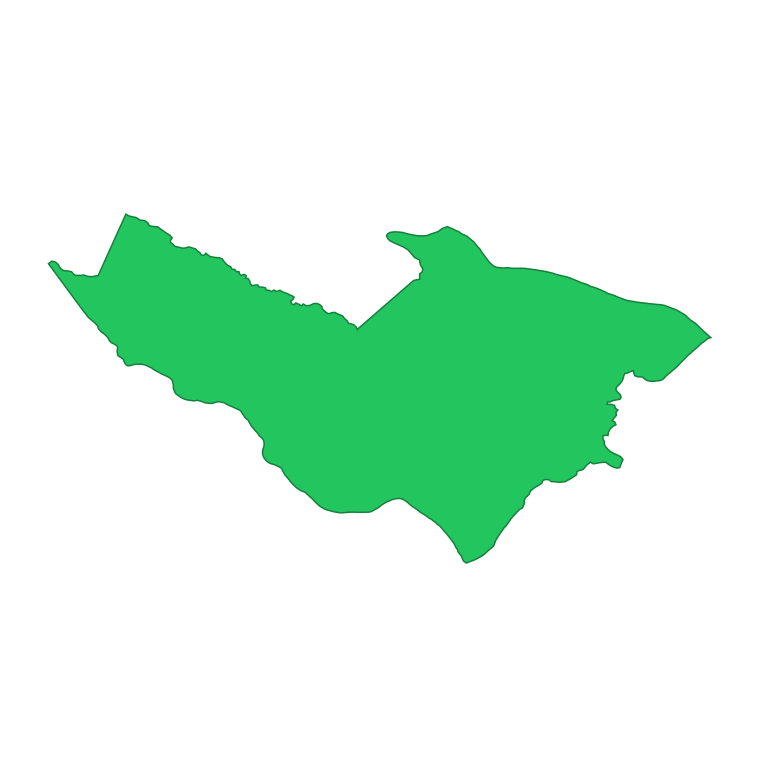 the district of Igarapé-Miri, Pará, Brazil, rotated 87°
{"feature_id": "56859067B62741857059247", "entity_name": "Igarapé-Miri", "entity_type": "district", "adm_level": 2, "iso_a3": "BRA", "parent_name": "Brazil", "parent_adm1": "Pará", "projection": "natural_earth1", "projection_center": [-49.142, -2.076], "detail": "fine", "context": "isolated", "style": "filled", "palette": "green", "viewbox_px": 768, "rotation_deg": 87, "n_neighbors": 0, "source": "geoboundaries", "source_scale": "gbopen_adm2", "svg_char_len": 6110}
<svg xmlns="http://www.w3.org/2000/svg" viewBox="0 0 768 768"><g transform="rotate(87 384 384)"><path d="M354.8,55.2L350.0,60.1L346.0,64.0L341.8,67.8L339.4,70.2L335.6,75.3L331.7,78.8L330.0,80.9L328.7,83.0L326.8,85.7L324.9,89.0L320.1,100.1L319.4,103.2L318.1,112.0L317.3,116.8L315.4,127.8L314.6,131.0L313.5,136.2L312.2,139.6L309.9,145.0L307.5,149.7L305.2,156.0L303.7,158.1L299.8,166.0L298.3,169.6L297.4,172.5L295.6,175.4L292.9,182.1L291.6,184.8L287.9,192.6L286.4,196.3L285.4,200.3L283.4,206.8L282.3,209.4L280.4,215.8L279.3,220.2L278.6,223.8L277.9,226.4L277.2,230.6L276.6,233.5L276.0,236.6L275.7,239.6L275.3,248.2L275.0,250.9L274.4,253.8L274.4,259.7L273.2,266.2L271.5,268.9L269.1,271.3L267.3,272.8L262.6,276.1L260.3,277.5L258.3,279.0L253.9,281.4L251.8,283.4L249.5,285.1L246.9,286.7L244.5,289.4L242.5,291.5L240.9,293.3L239.4,295.9L238.0,298.8L235.7,301.4L234.4,304.4L233.1,306.6L230.1,312.5L231.7,317.3L232.9,319.5L234.4,321.6L235.3,324.3L237.0,330.5L238.0,333.2L238.1,336.5L238.0,339.5L237.7,342.6L237.0,346.0L235.5,351.9L233.6,357.7L233.1,360.7L232.6,365.2L232.9,369.9L234.2,372.5L236.2,373.8L239.2,372.5L241.2,370.7L243.0,367.7L248.0,357.7L251.1,353.3L254.2,350.6L257.5,348.3L259.6,346.5L262.1,341.8L264.4,341.8L267.2,341.3L271.0,339.2L274.0,340.0L275.8,342.5L278.1,342.8L281.3,342.8L281.6,346.0L282.2,349.0L291.1,360.5L296.2,367.0L328.2,408.0L325.6,408.8L323.2,411.1L322.2,413.8L321.5,416.3L318.8,417.6L316.5,420.0L314.0,421.6L311.3,427.1L309.9,429.3L310.0,432.2L311.0,435.3L309.7,437.8L307.9,439.7L305.6,441.7L303.4,442.0L301.6,443.8L300.1,446.4L299.9,449.7L301.0,452.3L301.8,454.9L301.6,457.9L299.9,460.3L301.5,462.2L298.4,467.7L300.1,469.5L299.1,472.1L296.5,472.9L294.9,470.6L292.6,469.2L291.0,471.4L290.0,473.7L288.6,475.8L287.7,478.3L286.5,480.7L284.9,483.1L286.0,486.3L284.5,489.0L285.8,491.6L284.4,493.8L284.2,496.7L281.7,497.4L280.9,500.4L280.6,503.8L278.4,505.0L278.8,510.8L276.7,512.3L274.0,512.7L271.6,514.2L271.0,516.8L268.5,515.8L267.2,518.1L268.1,520.5L266.6,522.5L264.3,522.9L264.1,525.5L261.8,527.0L261.5,529.7L258.7,531.1L257.4,533.8L255.3,535.9L252.8,537.7L250.5,539.0L249.3,542.0L248.9,545.4L247.7,550.8L246.0,553.0L244.1,555.1L246.0,556.8L245.7,559.6L243.0,561.1L241.3,563.6L239.2,565.0L238.4,567.6L237.4,569.9L236.9,572.4L237.7,575.0L237.8,578.3L236.9,580.8L236.2,583.4L235.4,585.9L233.1,587.7L231.4,589.9L229.1,589.5L227.0,587.9L224.2,590.1L221.0,594.6L218.8,597.4L216.9,599.8L215.1,601.9L214.8,604.8L214.4,607.4L213.6,610.2L210.9,611.3L208.9,613.5L207.9,616.2L207.6,619.2L205.8,621.2L204.5,623.7L203.9,626.6L202.7,630.1L200.9,632.9L261.0,663.9L261.0,666.5L261.5,669.1L261.3,672.5L260.6,675.6L259.4,677.9L259.7,681.1L259.5,683.7L259.4,686.6L257.8,688.5L255.6,690.0L254.7,693.1L254.3,695.9L253.7,698.6L252.0,700.7L250.1,702.0L248.0,702.8L246.0,704.6L244.6,706.6L244.0,709.5L246.3,712.8L296.2,679.9L298.1,678.4L300.3,677.0L302.3,675.4L306.3,671.3L308.2,669.2L311.1,666.9L313.8,666.3L317.1,663.7L318.8,661.5L321.2,659.0L323.8,657.0L326.3,656.0L328.3,654.4L330.1,651.2L331.9,648.7L334.2,648.0L336.4,648.8L339.0,648.7L341.8,648.2L345.6,643.0L348.3,642.3L350.9,641.0L352.4,639.0L352.3,635.9L351.5,633.3L351.3,629.7L351.5,625.9L352.1,622.7L353.4,619.6L355.6,615.7L358.2,612.2L360.3,608.7L362.3,605.6L364.2,601.8L366.4,598.0L368.5,595.7L371.3,594.8L374.8,594.4L377.2,594.6L379.8,593.8L382.3,592.8L384.3,590.8L386.6,587.7L388.4,584.7L389.5,581.9L390.9,574.7L390.6,571.0L391.7,567.4L393.4,563.8L394.0,560.6L394.4,557.1L393.8,554.2L393.0,551.5L393.4,548.0L394.4,544.6L396.2,541.9L401.6,531.3L403.2,528.6L405.3,527.4L410.5,524.4L413.0,521.6L419.0,518.7L424.5,514.5L426.4,512.8L429.2,511.2L431.9,508.4L434.5,507.0L437.8,506.8L440.4,507.3L443.1,508.4L446.6,509.0L449.8,508.4L452.2,507.3L454.5,505.5L456.5,503.4L457.8,500.8L458.9,497.5L460.6,494.3L462.4,491.2L464.5,490.0L467.2,488.9L469.4,487.8L474.8,483.7L477.1,482.2L480.9,478.8L482.7,477.2L484.4,475.1L486.0,472.8L488.2,468.2L490.3,466.2L492.0,464.6L493.7,462.9L496.1,460.6L498.2,458.9L502.4,454.9L505.4,450.5L506.6,448.0L507.3,445.7L508.6,442.0L509.5,438.6L510.3,434.7L510.5,431.9L510.2,426.3L510.4,420.1L510.7,417.4L511.2,406.2L510.8,403.5L507.5,396.6L504.5,392.3L502.0,387.7L501.2,385.1L500.1,382.4L499.4,379.8L499.1,377.1L499.1,374.2L500.0,371.4L501.4,369.2L503.3,366.8L505.1,365.1L508.5,361.1L511.5,357.1L513.7,354.8L518.5,348.0L520.3,346.0L521.8,343.6L523.5,341.7L525.1,339.6L526.9,338.1L528.4,336.1L532.2,332.9L534.3,331.5L536.9,329.3L546.6,322.6L551.0,320.7L553.0,319.4L555.3,318.9L557.8,317.3L559.8,315.8L562.8,314.7L564.9,313.9L567.1,311.2L565.9,307.6L564.7,303.7L563.2,300.0L560.7,295.1L559.3,292.7L557.1,290.2L554.9,287.5L552.8,284.5L550.9,282.7L546.4,280.8L543.6,279.0L540.9,277.0L536.0,273.3L533.2,270.9L531.6,269.1L529.0,267.2L527.1,265.5L524.8,263.9L518.5,257.6L516.3,255.1L515.0,252.2L512.5,250.9L510.1,249.9L507.6,250.1L505.3,248.9L501.7,244.8L498.8,243.5L496.8,241.1L494.9,238.3L493.3,234.8L491.3,231.6L488.5,230.3L487.8,227.3L488.4,223.9L490.3,222.0L490.4,219.3L491.0,216.5L491.3,212.9L491.0,208.3L488.9,203.6L486.2,198.9L484.7,196.4L481.8,196.0L480.5,193.7L480.0,190.0L478.0,187.9L475.5,185.7L472.8,181.8L474.7,179.2L473.9,172.9L473.7,169.7L473.7,166.6L475.7,164.4L477.4,162.2L479.3,158.6L480.2,156.0L479.9,153.0L477.4,152.0L475.3,151.0L472.0,149.3L469.1,151.3L467.3,154.3L465.8,157.3L463.3,161.5L461.0,163.8L458.2,166.0L456.0,167.2L453.0,166.9L450.7,168.1L447.2,168.1L446.7,165.5L447.2,163.0L444.1,162.5L440.7,160.5L438.3,157.8L436.8,154.5L434.1,155.5L432.7,158.1L430.0,156.0L427.5,153.6L424.6,153.8L422.1,151.8L420.6,154.1L417.4,155.0L416.2,158.2L416.0,162.1L413.8,161.7L413.7,159.0L412.6,156.4L412.0,152.4L411.6,149.1L409.4,147.9L406.9,148.7L402.6,152.6L399.8,152.3L395.7,147.9L393.2,145.9L391.0,144.9L388.3,144.1L386.2,143.1L385.9,140.5L384.5,137.3L383.7,134.4L386.2,133.9L388.8,133.2L390.2,130.0L390.2,127.4L391.0,125.0L392.9,123.2L394.3,121.1L395.3,117.5L395.4,114.1L395.1,111.0L395.1,108.0L393.3,104.3L390.7,101.8L389.0,99.6L381.8,90.1L377.7,86.0L373.9,81.6L372.0,79.8L369.8,76.9L366.4,72.8L363.2,68.4L361.5,66.7L359.7,64.5L358.1,61.7L355.4,58.1L354.8,55.2Z" fill="#22c55e" stroke="#15803d" stroke-width="1.5"/></g></svg>